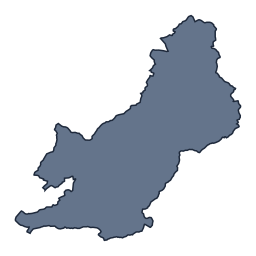 Song Ma, Son La, Vietnam (Equal Earth projection), rotated 270°
{"feature_id": "81297802B25580956843795", "entity_name": "Song Ma", "entity_type": "district", "adm_level": 2, "iso_a3": "VNM", "parent_name": "Vietnam", "parent_adm1": "Son La", "projection": "equal_earth", "projection_center": [103.658, 21.099], "detail": "fine", "context": "isolated", "style": "filled", "palette": "slate", "viewbox_px": 256, "rotation_deg": 270, "n_neighbors": 0, "source": "geoboundaries", "source_scale": "gbopen_adm2", "svg_char_len": 5758}
<svg xmlns="http://www.w3.org/2000/svg" viewBox="0 0 256 256"><g transform="rotate(270 128 128)"><path d="M24.8,141.8L28.1,143.4L31.6,144.4L31.7,144.7L31.5,145.3L28.7,150.1L28.8,150.6L30.8,152.3L32.8,152.5L35.0,153.0L37.8,151.6L38.4,151.1L38.6,149.3L37.7,147.4L37.6,146.0L38.0,145.3L39.3,144.2L42.2,143.5L43.2,142.2L43.8,142.0L46.8,142.6L47.0,145.3L48.1,147.6L49.5,148.2L49.8,148.9L50.7,149.5L54.0,150.9L57.2,155.3L57.8,156.9L60.0,158.3L61.5,158.6L62.3,159.2L64.1,159.1L64.7,159.7L65.7,162.1L67.1,163.7L69.8,165.2L72.4,165.4L73.1,166.2L74.0,168.2L74.8,168.9L75.8,170.5L78.9,172.3L80.2,173.5L82.0,174.0L82.9,174.7L84.0,175.6L85.5,177.4L88.4,177.6L89.8,176.8L92.4,178.6L95.2,179.4L96.2,179.5L99.3,179.1L101.0,179.9L102.8,179.3L103.8,179.4L104.9,180.7L105.1,181.3L104.9,183.4L105.7,185.3L105.7,187.3L106.6,189.3L106.4,191.3L106.6,192.1L105.3,195.0L105.2,196.5L104.0,197.8L103.6,198.7L103.4,199.3L103.7,199.9L105.2,201.0L106.5,202.3L107.9,204.5L111.0,207.6L111.3,208.6L112.3,209.9L112.7,211.9L113.0,212.2L112.8,213.7L113.4,215.6L114.8,218.8L116.7,221.0L118.7,222.4L118.7,223.1L118.3,224.2L119.1,224.6L119.2,225.6L118.5,226.0L118.2,226.4L119.1,228.1L120.8,229.6L121.2,230.7L122.5,232.3L123.3,232.8L124.7,233.2L127.4,235.3L129.0,238.7L129.7,239.1L131.1,238.4L132.1,236.7L133.0,237.8L133.8,238.3L135.4,237.1L136.0,237.2L136.7,239.3L137.8,239.7L138.5,240.2L140.4,240.3L143.4,238.8L145.9,238.3L146.7,238.7L148.7,240.4L149.7,240.6L150.6,240.4L150.9,239.8L152.6,238.6L155.0,238.2L155.2,237.9L154.5,233.7L154.6,233.3L155.5,233.7L156.4,233.5L159.7,230.7L161.4,230.7L162.3,231.3L164.0,233.3L164.4,233.6L165.9,233.7L166.6,235.1L167.6,235.5L168.5,233.5L169.8,232.5L170.5,230.4L172.4,229.1L173.2,228.2L174.3,225.0L174.9,224.2L177.9,221.7L179.1,219.4L180.3,219.1L182.7,217.3L183.3,215.8L183.9,215.7L185.3,216.4L189.6,217.3L192.3,216.8L193.3,216.3L196.1,216.7L197.6,217.8L198.5,220.0L199.3,220.1L202.0,218.7L202.8,218.8L203.8,218.3L205.5,216.4L206.3,216.0L206.9,215.1L207.6,213.5L207.6,212.5L207.9,211.8L209.2,211.2L209.7,211.7L209.6,213.1L210.0,213.6L211.8,213.1L213.4,213.1L214.3,213.4L215.9,215.7L218.1,215.5L219.0,215.2L224.1,215.2L224.9,215.2L226.4,216.3L227.3,216.3L230.1,213.8L231.2,213.7L232.9,211.9L233.5,210.6L233.7,209.7L233.7,206.7L233.2,204.9L233.6,203.8L235.4,201.4L236.2,199.6L236.2,198.7L235.9,198.0L234.3,195.0L239.1,192.9L240.4,191.1L239.6,189.0L238.9,188.2L236.0,186.3L235.0,184.8L234.4,182.8L232.3,181.3L231.9,179.4L229.5,178.0L227.4,175.5L227.1,173.9L226.7,173.4L225.8,173.2L224.9,173.4L224.5,174.8L224.2,175.1L222.9,174.5L221.7,172.5L220.6,172.3L220.5,171.7L221.1,169.5L219.4,167.1L218.2,163.5L218.0,161.1L217.6,160.5L212.2,165.3L209.6,166.0L204.8,168.1L204.5,166.7L205.3,163.3L205.9,158.7L205.8,155.0L206.3,153.4L206.0,152.6L204.4,151.5L203.0,150.7L200.2,150.1L198.3,151.6L195.9,154.3L194.8,154.2L192.6,154.8L191.9,155.4L190.3,153.4L188.0,152.5L185.4,149.7L185.0,151.1L183.8,151.3L182.9,153.7L182.3,153.8L179.9,152.9L180.0,151.6L180.5,150.2L180.3,150.0L178.9,149.8L176.4,147.9L173.8,146.4L173.2,146.5L172.4,147.2L170.9,147.5L170.0,147.3L168.7,145.5L167.9,145.0L166.0,145.2L164.5,143.0L163.6,143.0L163.2,142.7L162.6,140.7L160.9,141.8L159.9,141.8L157.4,140.8L153.6,140.1L151.9,136.6L150.8,136.0L150.5,131.7L149.7,130.6L147.6,130.4L146.7,129.4L144.6,126.1L142.3,123.9L141.2,118.7L140.3,116.2L137.8,114.5L135.7,112.3L135.4,110.2L134.6,109.3L134.2,108.1L134.2,106.2L132.9,104.7L132.8,103.9L132.0,102.4L130.6,100.9L128.1,98.8L127.8,98.2L126.8,97.3L125.6,96.8L123.4,95.2L122.3,94.7L119.8,92.2L119.2,92.0L117.4,92.2L116.3,90.7L115.8,89.6L116.0,85.3L118.0,83.2L120.5,81.9L121.4,80.4L122.7,79.2L122.7,77.8L123.6,75.2L123.4,72.2L123.9,70.8L125.2,70.1L127.9,67.8L128.6,66.7L129.1,65.2L129.2,63.3L129.6,62.6L129.7,61.9L132.5,58.3L131.0,56.1L128.2,55.5L126.8,54.6L126.2,54.6L125.0,55.9L122.7,57.3L120.9,56.4L119.5,56.8L118.0,56.7L116.6,57.0L113.5,56.4L112.5,55.9L110.6,55.8L108.3,54.0L105.6,53.7L104.3,52.9L103.7,50.5L102.1,46.7L96.8,43.6L96.0,43.3L93.8,40.9L93.0,40.6L91.5,40.7L89.9,40.0L88.0,38.2L85.8,38.1L84.1,35.3L83.4,34.7L81.2,34.0L80.9,34.1L80.8,36.1L80.5,38.0L80.0,38.8L78.3,39.7L77.1,43.5L76.8,43.7L76.2,43.3L75.9,43.5L74.8,47.5L72.3,47.1L70.2,44.5L68.3,42.8L66.4,45.0L65.6,45.0L67.3,46.5L70.1,50.3L70.4,51.0L70.4,51.5L69.8,52.9L68.5,54.6L68.3,55.2L69.0,56.3L69.2,57.9L69.5,58.3L70.6,59.0L72.9,62.1L73.8,62.3L74.1,63.4L74.8,64.5L77.8,64.5L78.1,68.5L78.4,69.5L79.7,72.0L79.6,72.8L76.5,73.4L77.1,75.1L77.1,75.5L76.7,75.6L72.9,73.4L65.6,72.7L64.5,71.3L64.5,71.0L65.8,69.7L66.2,68.2L65.8,65.9L64.0,64.3L60.8,64.8L60.1,63.9L59.0,61.1L57.7,58.8L55.8,59.8L54.3,58.0L51.8,57.6L51.4,57.0L50.7,55.2L50.7,54.3L51.2,53.2L50.8,52.7L49.1,51.9L49.0,51.1L49.0,47.0L48.8,46.3L47.5,45.1L46.8,43.6L46.3,40.1L45.9,39.3L44.0,37.6L42.6,32.1L42.3,29.3L42.5,28.7L42.0,27.7L42.0,26.1L42.5,24.8L44.0,23.2L45.0,21.5L44.6,20.9L39.0,16.1L36.8,15.4L35.4,15.5L31.8,19.2L30.8,20.8L30.5,22.6L29.5,24.5L28.8,27.1L28.9,29.1L27.2,28.6L25.0,27.1L24.2,27.0L22.7,30.1L24.6,31.1L27.1,33.3L28.5,40.2L29.1,41.4L29.4,42.8L29.9,43.6L29.9,46.0L30.4,48.5L30.4,49.3L29.7,50.5L29.9,54.7L29.2,55.8L28.7,56.0L27.4,58.3L27.1,60.2L27.9,63.8L28.9,64.8L28.7,65.7L27.9,66.5L28.1,68.6L27.6,70.2L27.9,71.6L27.5,72.9L28.3,74.5L28.0,75.1L28.2,75.9L27.6,77.2L27.6,79.5L29.2,83.3L29.2,86.6L29.5,87.7L28.5,90.7L28.7,92.9L28.2,96.8L27.7,98.0L26.5,99.6L24.7,101.0L24.2,101.0L22.9,100.0L22.1,98.7L21.2,98.4L19.2,100.6L18.6,102.3L17.9,103.5L15.7,104.3L15.6,104.8L15.9,105.4L16.0,106.9L16.9,107.9L17.3,109.3L18.0,110.4L18.4,113.1L18.8,113.9L18.9,115.2L19.3,116.7L18.7,117.8L18.9,118.6L18.5,119.8L18.7,120.8L18.2,122.7L18.8,123.5L19.6,126.1L21.0,127.8L21.1,128.4L20.9,129.8L21.4,131.8L21.2,132.6L22.0,133.1L23.9,136.0L24.1,137.0L24.0,139.0L24.8,140.7L24.8,141.8Z" fill="#64748b" stroke="#1e293b" stroke-width="1.5"/></g></svg>